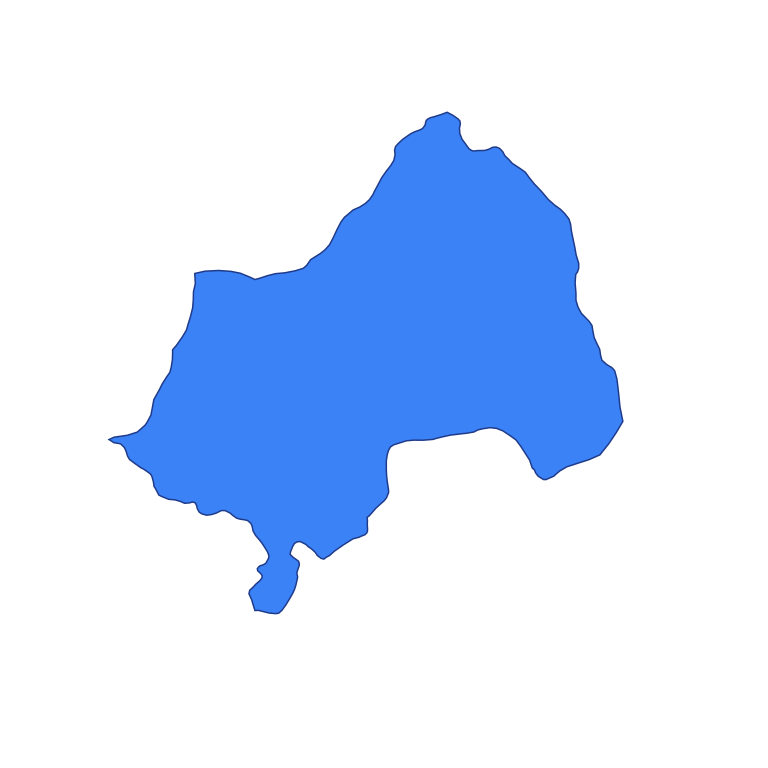 Trashiding, Daga, Bhutan, rotated 35°
{"feature_id": "84629894B27572863852317", "entity_name": "Trashiding", "entity_type": "district", "adm_level": 2, "iso_a3": "BTN", "parent_name": "Bhutan", "parent_adm1": "Daga", "projection": "albers", "projection_center": [89.999, 26.91], "detail": "fine", "context": "isolated", "style": "filled", "palette": "blue", "viewbox_px": 768, "rotation_deg": 35, "n_neighbors": 0, "source": "geoboundaries", "source_scale": "gbopen_adm2", "svg_char_len": 3962}
<svg xmlns="http://www.w3.org/2000/svg" viewBox="0 0 768 768"><g transform="rotate(35 384 384)"><path d="M601.1,277.6L590.6,267.6L582.0,257.6L575.8,250.6L571.7,246.1L565.3,240.8L561.4,239.9L555.4,240.3L548.8,239.5L545.0,236.3L540.7,231.8L534.2,228.2L529.5,225.4L525.1,221.2L520.7,216.7L516.0,215.0L505.1,212.9L501.1,210.9L498.5,209.5L493.3,205.4L489.3,199.7L482.6,191.6L479.4,186.3L478.2,184.1L478.2,181.1L477.2,177.7L475.7,175.5L474.3,173.5L467.5,168.2L461.5,162.2L457.4,158.4L449.8,151.2L445.0,145.9L440.7,142.7L434.1,140.7L428.4,139.7L421.1,139.6L416.1,139.0L413.1,138.7L402.4,135.9L392.3,133.9L385.0,131.8L378.4,129.5L373.1,129.4L362.4,129.7L358.0,128.6L352.1,127.7L348.0,125.6L343.7,124.7L340.0,125.5L337.3,127.7L335.3,131.4L332.7,134.8L329.6,137.1L326.9,139.0L323.6,141.9L321.6,142.5L318.5,142.5L312.8,140.5L307.5,138.7L302.5,135.4L299.1,131.2L297.4,127.2L295.3,125.0L292.7,124.4L286.3,124.4L279.9,125.2L276.0,130.8L272.0,136.0L269.2,139.3L268.0,141.6L267.4,143.8L268.2,146.2L269.2,148.4L269.0,152.7L267.5,155.5L264.4,159.9L262.3,163.7L260.5,168.6L258.9,173.1L257.7,178.9L257.3,183.0L258.5,186.3L261.6,189.9L263.8,195.2L264.2,201.2L263.8,208.4L263.8,216.5L264.6,222.7L264.9,225.0L265.7,232.0L266.3,235.2L266.3,241.5L265.1,247.0L262.6,253.0L258.9,259.1L257.9,262.9L256.8,267.2L256.0,269.9L255.8,275.8L256.9,284.2L258.5,293.3L259.5,301.1L258.7,308.0L257.0,313.7L255.6,317.0L252.6,324.1L252.6,331.2L251.5,335.6L246.4,342.1L239.2,349.6L231.8,355.9L226.5,362.0L221.4,368.8L218.4,372.4L211.3,373.7L202.7,375.7L193.9,379.6L189.2,382.4L183.4,385.9L172.6,394.3L165.6,402.0L172.0,410.2L175.0,417.7L179.6,424.6L183.6,431.4L186.9,440.1L189.4,447.9L191.2,453.0L191.8,460.7L191.8,471.5L191.2,477.2L193.1,479.9L196.8,485.6L200.3,492.8L201.9,497.4L201.9,503.3L202.2,509.1L202.3,511.3L203.3,517.8L203.9,523.9L204.4,528.8L207.9,536.4L210.9,543.1L211.9,551.3L211.9,554.9L209.5,564.9L203.1,573.3L193.5,582.3L190.6,587.2L196.4,587.0L202.5,584.1L207.6,584.9L210.5,586.5L212.4,587.9L215.4,590.2L218.9,591.8L224.1,592.0L226.8,592.0L232.4,592.1L236.1,591.6L243.9,591.6L246.6,592.6L251.1,596.3L254.4,599.8L257.3,601.0L263.2,604.1L266.1,603.7L273.7,602.0L279.2,598.8L284.9,596.9L289.0,596.1L292.7,593.1L295.0,590.4L297.7,589.6L300.9,591.6L302.4,593.1L305.9,594.9L309.1,594.9L313.8,593.3L317.3,590.2L320.4,586.3L323.5,580.8L326.6,578.8L331.9,578.0L335.8,578.4L340.3,578.4L343.8,577.2L347.1,575.5L350.4,574.1L354.9,574.5L357.5,576.1L361.2,579.6L365.7,581.7L371.1,583.1L374.6,584.1L379.4,586.0L384.8,588.3L388.5,590.9L389.5,593.5L390.0,598.7L388.8,601.3L386.7,604.1L386.2,606.0L386.2,608.1L387.8,609.5L391.6,610.0L394.2,610.9L395.3,613.1L395.1,616.4L393.9,621.1L393.2,625.8L392.3,630.0L393.7,633.3L399.3,636.6L402.8,639.4L408.2,643.6L410.9,641.5L421.3,637.5L427.2,634.1L429.2,632.1L430.2,628.0L430.3,620.7L429.8,613.4L429.3,608.0L428.5,603.5L427.0,598.8L425.2,594.5L424.1,591.9L422.8,590.5L421.1,589.1L420.0,586.0L418.7,581.4L417.4,579.5L415.7,578.2L412.6,578.1L408.8,578.1L404.9,577.4L403.8,575.4L402.4,569.5L402.1,566.0L403.4,563.1L405.8,561.1L412.0,560.2L415.2,560.7L419.5,560.7L424.2,561.3L427.7,562.7L432.6,562.9L435.2,561.9L435.9,559.5L437.8,555.6L439.2,549.6L442.9,539.3L447.4,528.6L451.5,523.8L452.7,521.6L454.8,518.5L455.3,516.2L455.0,514.3L453.6,512.1L450.9,508.7L448.7,505.3L446.6,502.9L447.4,500.9L447.9,497.0L448.6,490.5L449.7,485.4L451.1,479.7L451.3,475.8L450.1,470.4L448.5,468.2L442.2,461.6L438.8,457.7L435.0,452.8L429.9,445.5L427.2,440.0L425.8,435.9L425.4,431.9L426.7,428.4L431.0,422.8L434.8,417.8L440.6,412.9L448.3,407.6L456.0,401.2L457.9,398.7L461.8,394.2L467.6,387.9L476.3,380.1L480.2,376.7L482.5,374.4L485.2,371.7L487.2,367.8L490.7,363.9L495.8,359.0L501.6,355.8L508.2,354.2L516.4,354.0L524.2,354.1L531.8,356.6L546.9,362.8L553.7,367.8L556.6,368.1L559.1,369.8L563.2,371.1L569.4,370.8L571.5,369.4L576.0,362.0L576.5,359.5L577.9,354.3L581.3,346.9L595.5,328.1L601.5,318.2L602.4,304.0L602.1,290.4L601.1,277.6Z" fill="#3b82f6" stroke="#1e3a8a" stroke-width="1.5"/></g></svg>